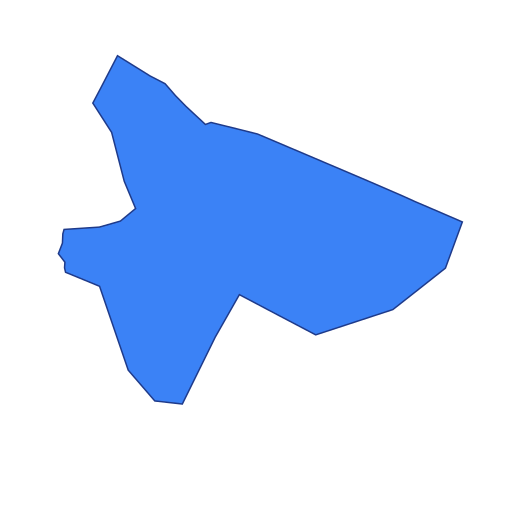 San Pedro Taviche, Oaxaca, Mexico (orthographic projection), rotated 193°
{"feature_id": "50627088B42650347331472", "entity_name": "San Pedro Taviche", "entity_type": "district", "adm_level": 2, "iso_a3": "MEX", "parent_name": "Mexico", "parent_adm1": "Oaxaca", "projection": "orthographic", "projection_center": [-96.523, 16.649], "detail": "fine", "context": "isolated", "style": "filled", "palette": "blue", "viewbox_px": 512, "rotation_deg": 193, "n_neighbors": 0, "source": "geoboundaries", "source_scale": "gbopen_adm2", "svg_char_len": 692}
<svg xmlns="http://www.w3.org/2000/svg" viewBox="0 0 512 512"><g transform="rotate(193 256 256)"><path d="M436.0,420.0L445.4,383.4L449.4,368.3L424.5,344.0L401.2,299.2L384.0,275.2L396.0,259.5L415.2,248.9L449.0,238.7L449.2,234.1L447.5,225.0L449.1,213.8L440.8,207.0L439.9,201.4L437.9,197.3L401.6,191.3L354.8,116.0L322.0,92.0L294.5,95.2L277.4,168.1L277.2,168.7L263.5,214.6L219.3,202.9L180.1,192.6L110.6,234.6L90.0,260.2L68.7,286.8L67.6,295.7L62.6,335.6L96.6,341.8L113.3,344.8L126.2,347.4L163.2,354.2L210.0,362.5L247.9,369.2L282.0,375.2L302.9,375.6L329.9,376.0L334.9,372.8L358.0,386.1L370.5,394.1L383.3,403.4L399.7,407.6L436.0,420.0Z" fill="#3b82f6" stroke="#1e3a8a" stroke-width="1.5"/></g></svg>